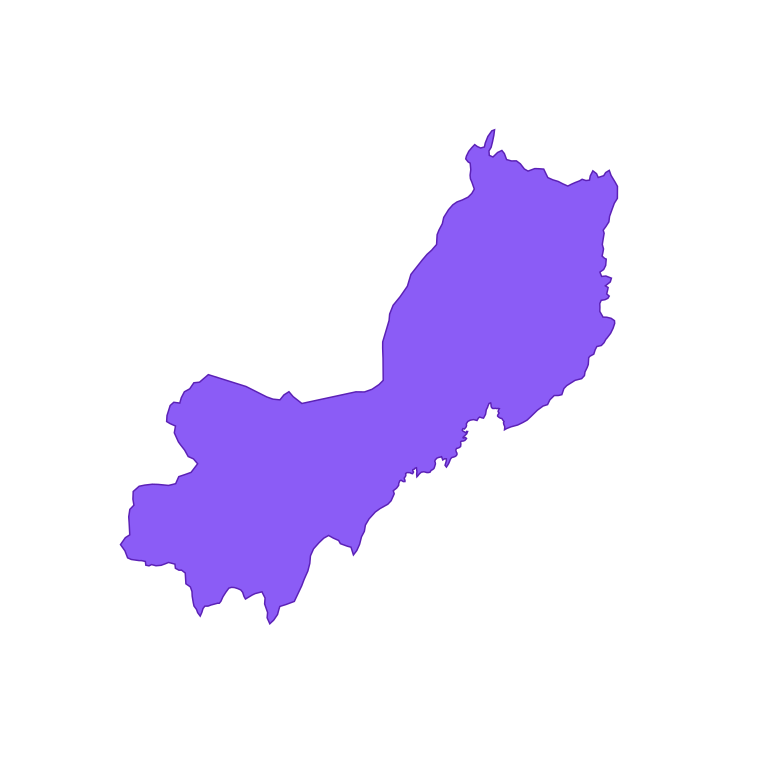 Sik, Kedah, Malaysia, rotated 204°
{"feature_id": "92858781B49401310221889", "entity_name": "Sik", "entity_type": "district", "adm_level": 2, "iso_a3": "MYS", "parent_name": "Malaysia", "parent_adm1": "Kedah", "projection": "equal_earth", "projection_center": [100.816, 5.985], "detail": "fine", "context": "isolated", "style": "filled", "palette": "violet", "viewbox_px": 768, "rotation_deg": 204, "n_neighbors": 0, "source": "geoboundaries", "source_scale": "gbopen_adm2", "svg_char_len": 5353}
<svg xmlns="http://www.w3.org/2000/svg" viewBox="0 0 768 768"><g transform="rotate(204 384 384)"><path d="M548.3,321.1L553.3,310.6L558.2,307.8L559.5,300.6L563.2,295.7L563.6,289.0L562.8,283.5L568.6,281.8L570.6,277.4L569.4,266.9L567.3,261.3L563.2,260.8L557.4,260.8L555.7,254.1L548.3,247.5L545.4,245.8L539.2,242.5L533.4,238.1L527.6,238.1L521.8,235.3L524.3,224.8L528.9,220.4L533.8,215.9L533.8,208.2L539.6,203.7L549.5,200.4L554.9,198.2L561.5,194.3L566.1,191.0L569.4,183.8L566.5,176.6L563.2,171.6L565.2,166.1L563.2,158.9L560.3,153.4L554.9,142.8L557.8,138.4L559.4,130.1L552.8,126.2L547.5,120.9L543.5,120.9L535.8,123.1L533.5,124.1L529.8,124.8L527.9,121.6L524.7,122.3L522.9,124.5L518.4,125.2L513.9,127.7L510.7,130.8L508.3,133.3L506.2,133.7L501.7,134.4L499.6,130.8L495.6,130.5L493.2,131.6L488.7,130.5L483.7,120.9L478.4,119.9L475.0,116.3L472.9,112.1L469.4,106.8L467.3,103.9L463.6,101.8L461.2,99.3L457.5,97.2L457.5,101.1L458.0,105.3L457.3,108.2L454.3,109.6L452.2,111.7L446.9,116.0L445.3,116.7L444.6,119.2L444.6,124.1L443.8,129.4L442.7,134.4L440.6,136.2L437.9,137.2L434.5,137.6L431.1,137.6L428.4,136.2L425.5,133.0L423.1,131.2L418.6,137.6L416.5,140.1L411.0,144.5L405.6,140.1L403.6,134.5L397.4,127.9L395.7,122.9L390.8,118.5L388.7,123.5L387.5,130.1L388.3,135.1L388.7,138.4L383.7,142.8L377.5,148.9L377.1,166.1L377.5,173.3L377.5,182.2L378.8,189.9L381.3,197.1L381.3,204.8L378.8,212.6L376.3,218.7L373.0,223.1L367.6,222.6L361.8,222.6L358.9,220.4L351.5,220.9L347.8,221.5L342.4,215.4L341.1,220.9L341.1,227.6L342.4,235.3L342.0,241.4L343.6,247.5L342.8,254.7L339.9,263.5L337.0,268.5L334.1,272.4L331.6,275.7L330.0,280.2L330.0,287.8L332.1,290.3L330.1,294.1L329.4,297.3L330.1,299.2L330.2,302.0L329.3,303.0L326.7,302.7L325.2,303.4L325.7,304.6L326.9,305.7L327.3,306.9L326.8,307.9L326.9,309.5L327.8,311.0L327.0,312.4L325.6,313.0L324.0,313.6L322.9,313.4L321.4,313.7L321.2,315.6L322.5,316.5L322.8,317.5L321.8,318.4L321.4,319.7L320.3,320.7L319.2,318.8L318.2,317.2L317.5,314.9L316.2,312.6L315.8,313.7L315.3,315.8L314.8,317.1L314.0,318.7L312.8,319.4L312.0,320.0L310.4,320.3L308.9,320.5L307.5,321.1L306.1,322.1L305.8,324.3L304.8,325.5L304.0,327.1L304.1,329.0L304.5,331.9L305.5,333.5L306.2,334.0L306.3,335.6L305.4,338.0L304.0,339.3L302.8,340.1L301.9,341.0L300.9,340.0L299.4,338.5L298.2,340.4L296.6,341.0L295.8,339.1L295.5,337.0L295.2,334.6L293.2,333.5L292.9,335.2L292.6,337.5L292.6,339.3L292.7,341.6L292.7,342.9L292.1,344.5L290.9,345.4L289.8,346.4L289.0,347.5L288.6,349.1L289.2,350.5L290.2,351.2L291.6,352.9L291.5,354.7L290.7,355.2L289.5,356.4L288.6,358.0L289.3,360.3L290.4,362.1L290.2,363.1L288.3,364.2L287.2,365.3L286.4,367.7L287.7,368.3L289.6,366.9L290.1,367.4L289.4,369.2L288.2,372.1L288.3,374.6L289.3,374.3L289.2,373.0L289.6,372.7L291.3,373.0L292.8,373.1L293.8,373.7L293.7,375.4L292.2,375.6L291.5,378.2L291.7,379.6L292.6,381.1L292.2,383.9L290.5,386.0L289.1,387.0L287.7,387.9L286.1,388.2L284.2,388.5L283.9,391.3L283.2,392.7L281.0,392.9L279.2,393.3L279.0,395.9L278.9,397.6L279.7,400.7L280.1,402.1L279.9,404.6L280.1,406.5L280.1,409.0L278.9,410.1L277.9,408.8L277.2,407.4L276.1,406.2L274.6,405.9L273.1,406.6L272.1,407.2L270.9,407.4L269.9,408.1L268.6,408.4L268.8,406.5L268.5,405.1L267.1,404.3L267.5,401.7L267.1,400.8L265.5,400.3L263.8,400.1L262.3,400.4L261.0,399.5L259.1,398.5L259.1,397.2L258.1,395.8L256.7,394.5L256.1,393.6L255.3,391.2L253.9,393.1L250.6,396.5L245.2,400.9L241.5,405.3L238.6,409.2L236.5,414.2L233.2,422.5L229.7,428.6L226.2,431.7L226.0,437.1L223.8,442.7L219.9,444.5L217.2,446.6L217.8,453.0L216.4,456.9L210.9,465.1L205.6,469.3L204.3,473.2L205.3,476.8L205.1,481.7L205.3,484.9L207.7,491.3L207.2,493.1L204.5,496.6L205.0,501.2L204.8,504.8L201.1,507.6L199.8,511.2L199.5,515.1L199.0,516.5L197.6,522.5L197.4,528.2L197.9,533.2L199.2,535.6L203.2,536.4L207.7,535.6L211.1,534.2L216.4,538.1L218.0,542.0L219.6,545.2L219.6,548.8L216.4,550.9L214.3,553.4L214.0,555.9L217.2,556.9L218.0,561.2L218.5,563.3L221.7,563.7L218.8,569.3L219.3,573.2L225.2,572.9L228.9,570.8L232.3,574.0L229.9,577.9L229.7,582.5L231.8,588.5L233.6,588.5L236.8,589.6L237.6,593.5L238.4,596.7L241.3,600.2L241.8,602.0L244.2,611.2L246.3,613.7L245.3,618.3L244.5,623.6L246.1,628.9L246.6,635.3L247.1,642.8L246.3,648.5L251.1,659.5L254.8,662.3L261.4,666.9L265.1,670.8L267.5,667.3L268.0,663.7L272.3,659.8L275.4,662.6L279.9,663.7L280.2,658.0L279.2,653.8L282.3,652.0L286.3,651.6L287.9,649.2L291.1,646.0L294.0,642.8L296.6,639.6L302.2,639.6L307.2,639.9L312.8,639.2L318.3,639.2L325.5,645.3L330.5,643.5L333.9,642.1L339.0,637.1L343.2,637.5L349.0,640.6L353.8,641.7L358.3,639.6L363.3,638.9L367.8,643.5L371.3,645.3L374.4,641.7L376.8,635.7L380.8,635.7L382.9,639.6L382.4,643.8L383.4,649.5L384.8,655.9L386.4,661.2L388.5,659.1L389.8,652.4L389.5,645.3L388.7,641.4L391.7,638.9L395.4,638.9L398.5,639.6L399.9,635.7L401.2,631.1L401.4,625.7L400.9,622.9L397.5,621.1L395.1,620.8L391.9,615.1L390.3,609.8L388.5,606.6L385.8,604.1L380.8,598.8L381.3,593.8L383.2,588.9L387.4,583.9L391.4,580.0L394.0,575.7L395.9,569.7L397.2,560.5L395.9,554.1L396.4,547.0L396.2,542.0L392.7,532.8L394.1,528.3L394.9,525.6L397.4,520.0L399.5,512.8L404.0,495.1L402.4,482.9L404.8,470.2L407.7,459.6L407.3,450.2L405.2,444.1L402.3,421.9L399.9,416.4L395.3,407.0L386.2,387.0L388.3,381.5L392.8,374.3L398.6,368.8L406.5,365.4L451.1,332.8L461.9,335.5L467.7,338.3L471.0,333.3L472.6,327.2L479.3,325.0L485.9,324.5L509.0,325.6L548.3,321.1Z" fill="#8b5cf6" stroke="#5b21b6" stroke-width="1.5"/></g></svg>